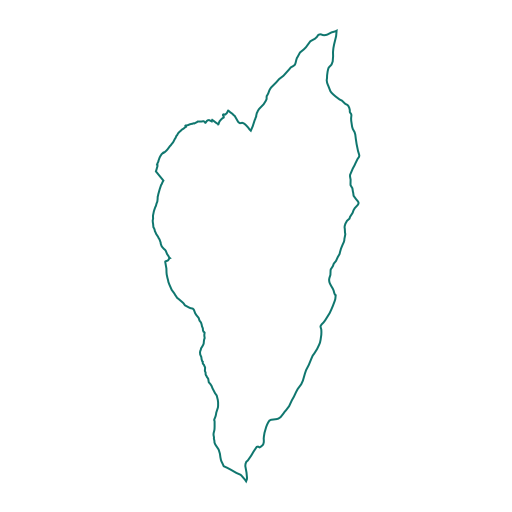 the district of Turmequé, Boyacá, Colombia
{"feature_id": "7082276B20080835702605", "entity_name": "Turmequé", "entity_type": "district", "adm_level": 2, "iso_a3": "COL", "parent_name": "Colombia", "parent_adm1": "Boyacá", "projection": "equal_earth", "projection_center": [-73.519, 5.301], "detail": "fine", "context": "isolated", "style": "outline", "palette": "teal", "viewbox_px": 512, "rotation_deg": 0, "n_neighbors": 0, "source": "geoboundaries", "source_scale": "gbopen_adm2", "svg_char_len": 6048}
<svg xmlns="http://www.w3.org/2000/svg" viewBox="0 0 512 512"><path d="M336.6,30.7L335.5,31.3L331.5,32.4L327.5,34.5L326.3,34.9L324.4,35.2L323.0,35.1L320.7,34.3L320.3,34.3L318.5,34.8L317.8,35.5L317.1,36.7L315.0,38.7L312.4,40.1L310.3,41.3L305.9,47.3L303.8,49.4L300.0,52.5L297.5,57.1L296.9,58.0L296.3,59.9L295.6,62.8L295.0,64.5L294.5,65.1L293.0,66.2L290.8,67.4L289.0,69.6L283.4,75.8L279.1,79.1L276.2,82.4L272.1,86.5L271.1,87.5L270.1,89.0L269.4,90.3L268.2,93.5L267.4,95.0L266.7,96.1L266.6,97.4L266.6,99.0L265.8,100.8L263.6,104.3L260.0,108.0L258.9,109.2L257.7,111.2L257.4,112.0L256.8,113.1L256.2,115.7L256.2,116.4L255.4,118.3L255.2,119.1L254.7,120.1L252.7,126.3L250.8,130.7L249.6,129.5L248.9,128.6L248.3,127.7L246.2,125.4L244.8,124.1L243.6,123.3L242.2,122.8L241.6,122.9L241.0,123.1L239.8,123.1L238.7,122.4L238.1,121.8L234.7,115.9L233.7,115.2L232.4,113.8L230.0,112.1L229.6,111.7L228.3,110.6L228.1,110.6L227.4,112.0L226.7,113.3L225.9,113.9L225.4,114.5L224.7,114.6L223.9,114.3L223.6,114.3L223.2,114.5L223.0,114.8L223.0,115.3L223.6,116.4L223.8,116.9L223.7,117.5L222.9,118.0L222.4,118.3L221.2,119.4L219.5,121.4L218.6,123.7L218.4,124.3L218.2,124.4L218.0,124.0L217.8,123.8L216.5,123.1L213.9,121.1L212.2,119.9L212.0,120.2L211.7,121.4L209.3,120.2L208.8,120.1L207.8,120.3L206.9,120.9L205.5,122.8L205.3,122.8L204.6,121.9L204.1,121.5L203.3,121.2L201.6,121.5L197.7,121.5L197.0,122.1L194.2,123.5L193.5,123.3L192.0,123.9L191.4,123.9L189.2,124.5L188.9,124.8L187.0,125.4L185.6,125.5L185.4,125.7L185.5,126.0L185.9,126.4L186.0,126.8L185.2,127.2L183.6,128.6L181.9,129.6L180.5,131.0L179.5,131.8L178.1,133.3L177.1,135.2L176.5,135.7L176.3,136.2L175.5,138.0L174.8,139.0L173.8,141.0L173.1,142.3L171.7,144.0L170.6,145.5L170.0,146.0L167.5,149.4L166.5,150.5L165.0,151.9L163.6,152.9L163.3,152.6L161.6,154.2L160.2,156.4L159.6,157.6L158.4,161.0L158.4,161.5L157.5,163.3L157.0,164.7L157.5,165.0L157.4,166.5L157.0,167.7L156.5,169.5L155.9,171.4L163.4,180.6L162.5,182.2L161.6,184.3L161.1,185.0L159.7,189.2L158.3,194.2L158.0,195.8L157.7,196.7L157.6,199.2L157.3,201.6L156.5,203.6L155.9,205.9L155.2,207.3L154.2,210.2L153.8,211.6L153.0,215.6L153.0,217.2L153.1,218.4L152.7,220.6L152.8,222.1L153.1,224.0L153.4,227.2L154.1,228.4L154.6,229.7L154.9,231.2L155.5,232.3L156.2,234.0L158.0,236.7L158.6,238.0L159.5,239.4L160.5,242.2L160.7,242.9L160.7,243.6L161.5,245.9L162.2,247.0L163.8,248.8L165.1,249.9L165.8,250.9L167.1,254.1L168.3,255.8L169.2,257.5L169.9,258.1L169.4,258.3L168.1,260.3L167.5,260.7L165.5,261.3L165.2,261.8L165.6,264.1L166.4,268.5L166.5,272.4L166.7,274.5L167.4,277.8L168.0,280.0L168.4,282.0L169.3,284.4L171.7,289.9L174.3,293.4L175.2,295.0L176.2,296.4L177.0,297.7L177.4,298.1L178.4,298.8L182.7,302.5L183.6,303.4L184.9,305.3L188.8,307.4L190.3,308.1L192.7,308.6L193.5,309.3L194.0,310.1L195.2,313.3L196.5,315.3L198.5,317.7L198.9,318.6L199.5,320.6L200.9,322.4L201.3,323.4L201.7,324.8L202.0,326.4L202.6,327.7L202.9,328.8L202.9,329.7L203.0,330.4L203.5,331.7L204.2,332.1L204.6,332.7L204.3,335.0L204.4,336.4L204.6,337.3L204.6,338.4L204.3,339.0L204.0,340.3L203.8,342.2L203.7,343.4L203.3,344.6L202.2,346.6L201.1,348.3L200.8,349.7L200.3,350.9L200.0,352.3L200.2,354.5L201.3,357.0L201.6,359.3L202.2,361.2L202.8,361.7L202.7,362.6L202.8,363.4L203.3,364.2L203.9,364.8L204.5,366.3L204.9,367.0L205.1,367.8L205.0,368.9L204.9,370.9L205.6,372.7L205.6,374.2L206.0,375.4L206.6,376.1L206.9,377.0L207.7,378.0L208.2,378.8L208.8,382.3L210.4,384.1L211.6,386.0L212.5,388.3L215.1,393.3L216.7,395.5L217.8,399.9L218.1,402.5L218.1,405.9L217.9,407.6L216.3,412.5L215.9,414.9L215.5,416.4L215.0,417.7L214.3,419.4L214.2,420.0L214.3,420.5L214.5,420.8L214.6,421.8L214.6,426.7L214.5,429.1L214.3,430.4L213.6,433.2L213.5,434.9L214.0,437.5L213.9,438.6L214.4,440.9L214.5,442.5L215.0,443.9L215.8,445.3L218.3,449.0L218.8,450.0L219.9,453.7L220.4,457.3L220.9,459.8L221.4,461.3L222.6,463.7L223.7,466.2L227.2,467.8L230.6,469.6L236.3,472.9L240.4,474.7L241.2,475.3L245.1,479.8L246.1,481.3L246.9,479.2L247.0,477.8L246.5,472.6L245.3,466.0L245.5,463.9L246.3,461.8L247.8,460.5L251.2,455.6L253.6,451.5L256.7,446.9L258.0,446.6L259.6,447.4L260.8,446.7L262.7,445.1L263.3,444.1L263.8,442.1L263.8,439.8L263.7,438.6L263.9,436.5L264.5,432.8L266.2,426.9L267.1,424.6L268.2,422.4L269.4,420.6L271.0,419.8L276.6,419.1L278.4,418.6L280.6,417.1L283.3,413.7L284.7,411.7L285.9,410.4L289.1,406.2L291.9,400.2L293.9,396.7L296.1,392.0L297.7,389.0L301.2,384.3L302.9,380.6L305.0,373.3L306.1,370.1L308.8,364.9L311.3,358.8L312.7,355.6L314.2,353.6L317.1,349.0L319.1,344.8L320.0,342.6L320.6,339.7L321.3,334.8L321.4,332.1L321.3,329.6L320.5,326.7L320.7,325.8L321.7,324.3L323.5,322.5L325.1,320.4L329.6,313.2L331.2,309.8L332.9,305.8L334.7,301.0L335.3,299.0L335.7,295.2L334.9,294.6L334.2,292.8L333.6,290.5L332.8,288.7L331.1,285.8L330.1,283.9L329.5,282.5L329.2,281.0L329.1,279.6L329.4,278.0L330.4,274.9L330.6,270.1L330.8,269.3L332.9,266.1L333.7,263.8L334.2,263.1L335.9,261.1L336.2,260.5L337.8,257.0L339.0,255.0L339.6,253.9L340.0,252.1L341.0,248.6L342.6,244.7L343.8,242.1L344.3,240.3L344.4,238.9L345.1,235.4L345.3,234.1L345.0,232.6L344.8,228.8L344.6,227.7L344.6,227.0L344.7,226.0L345.4,223.7L347.0,220.8L349.5,218.6L350.0,216.9L352.7,212.7L353.1,211.4L353.6,210.1L354.8,208.1L357.6,205.1L358.2,204.2L358.5,203.4L358.5,202.6L358.0,201.5L356.0,199.1L353.6,195.8L353.2,192.8L352.9,191.6L352.4,188.3L350.6,185.3L350.5,184.3L350.6,179.7L350.2,177.5L350.0,176.1L350.1,174.8L352.8,168.5L354.5,165.4L355.4,163.4L357.6,158.9L358.9,157.1L359.2,156.2L359.3,155.5L359.0,154.2L358.0,150.9L356.6,144.1L355.8,138.8L355.3,134.7L354.6,132.2L352.8,129.0L352.1,126.7L351.2,120.7L351.1,118.4L351.4,115.2L351.2,114.2L350.8,113.5L350.3,112.9L349.9,112.2L349.8,111.7L349.8,110.1L349.3,108.0L348.5,106.2L347.5,105.0L345.2,103.8L341.9,100.6L339.6,99.5L335.5,96.4L333.2,94.4L331.4,92.6L330.4,91.2L328.4,86.1L327.8,84.7L327.1,82.8L326.9,81.5L326.7,80.2L327.0,78.1L327.1,75.3L327.6,71.6L328.1,69.3L328.6,67.8L329.4,66.8L330.6,65.6L331.5,64.6L332.2,62.8L332.7,61.4L333.1,56.2L333.0,52.2L333.2,50.0L333.4,48.1L334.1,44.4L336.1,36.2L336.4,33.0L336.6,30.7Z" fill="none" stroke="#0f766e" stroke-width="2"/></svg>